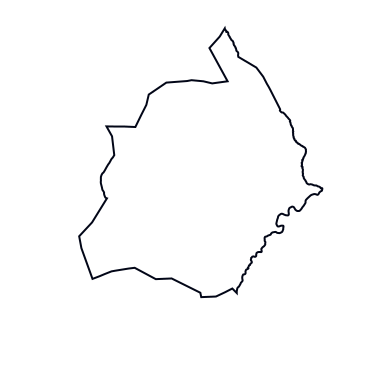 Bugat, Bulgan, Mongolia (orthographic projection), rotated 139°
{"feature_id": "93677404B59667733758052", "entity_name": "Bugat", "entity_type": "district", "adm_level": 2, "iso_a3": "MNG", "parent_name": "Mongolia", "parent_adm1": "Bulgan", "projection": "orthographic", "projection_center": [103.227, 49.106], "detail": "fine", "context": "isolated", "style": "outline", "palette": "ink", "viewbox_px": 384, "rotation_deg": 139, "n_neighbors": 0, "source": "geoboundaries", "source_scale": "gbopen_adm2", "svg_char_len": 5765}
<svg xmlns="http://www.w3.org/2000/svg" viewBox="0 0 384 384"><g transform="rotate(139 192 192)"><path d="M324.1,191.7L316.8,189.0L311.9,187.4L304.8,184.9L301.3,182.8L290.2,175.9L285.0,172.4L276.5,150.0L264.1,140.1L251.8,110.5L254.0,106.6L242.5,97.4L233.0,94.7L224.9,92.7L224.5,86.4L223.5,87.6L221.1,89.5L220.7,89.7L219.8,89.9L218.7,89.8L218.1,90.0L215.8,90.8L214.7,91.4L213.9,91.5L212.8,91.6L212.2,91.8L211.6,92.3L211.1,93.3L210.2,94.5L209.3,95.3L208.2,95.9L207.4,96.1L206.3,95.4L206.0,95.3L205.4,95.3L204.8,95.6L204.6,95.8L204.0,96.7L203.1,97.4L202.7,97.6L202.0,97.8L200.2,97.3L199.8,97.3L199.8,97.9L199.7,98.1L199.4,98.2L198.3,98.4L197.9,98.7L197.5,99.0L197.0,99.2L196.5,99.1L196.1,98.9L195.3,99.4L193.2,99.5L192.5,100.4L192.4,100.8L192.4,101.5L192.3,101.8L192.1,102.2L191.6,102.6L191.3,102.7L190.8,103.2L190.6,103.4L190.3,103.3L189.7,103.5L188.9,103.6L188.6,103.5L187.7,102.9L187.4,102.3L187.2,102.0L186.9,101.7L186.2,101.5L185.6,101.6L185.3,101.8L184.8,102.5L184.0,103.1L183.6,103.4L183.2,103.6L182.1,103.5L181.4,103.2L180.7,102.7L179.5,101.6L179.4,101.4L178.9,101.2L178.3,101.5L178.0,102.0L177.3,103.2L176.9,103.6L176.5,103.7L175.0,104.0L173.0,103.8L172.5,104.0L171.7,104.1L171.2,104.3L170.6,105.1L169.9,105.6L169.4,106.2L169.3,107.2L169.0,107.7L168.5,108.2L167.7,109.3L167.1,109.9L166.6,110.1L166.2,110.2L164.6,109.4L163.1,109.2L160.9,108.3L160.4,108.3L159.7,108.7L158.8,108.8L157.8,108.7L155.9,107.6L155.2,107.1L154.9,106.7L154.6,105.5L154.3,105.0L153.0,103.6L152.4,103.3L151.0,102.9L150.4,102.8L149.7,102.9L147.6,104.0L146.8,104.9L145.9,105.6L145.4,106.2L145.3,106.6L145.5,107.0L146.7,108.0L147.0,108.2L148.7,108.8L149.2,109.1L149.6,109.5L149.9,109.9L149.8,110.9L149.4,112.3L149.2,112.7L148.2,113.5L145.7,115.3L144.2,116.1L143.2,116.9L142.8,117.1L142.0,117.3L141.2,117.3L139.7,117.2L139.2,117.1L138.5,116.7L138.0,116.1L137.6,115.3L137.4,114.7L137.1,114.1L136.5,113.0L135.2,111.6L134.7,111.3L134.3,111.3L134.0,111.4L133.5,111.7L132.9,112.5L131.6,114.4L130.4,115.3L129.2,115.9L128.6,115.9L128.0,115.8L127.4,115.6L126.5,115.5L125.6,114.9L125.3,114.3L125.1,113.7L125.2,112.9L125.5,111.3L125.6,110.8L125.3,109.2L124.9,108.5L124.5,108.1L123.6,107.4L123.1,107.2L121.6,107.3L120.0,107.6L118.9,108.0L116.5,108.4L115.3,108.8L114.1,109.1L113.3,109.5L112.2,110.7L111.6,111.1L110.9,111.3L108.8,111.5L105.0,111.6L104.0,111.5L103.1,111.2L101.3,110.4L100.6,109.8L99.8,108.7L99.5,108.0L99.2,107.6L98.8,107.4L98.0,107.4L96.1,108.1L95.4,108.1L94.5,108.1L93.6,107.8L93.0,107.8L91.5,108.9L91.4,109.2L91.3,109.4L91.5,109.7L92.1,109.9L92.3,110.2L92.3,110.8L92.1,111.1L92.3,112.0L92.7,112.9L92.9,113.2L93.4,113.8L93.7,115.0L94.0,115.5L95.0,116.3L95.4,116.9L95.7,117.2L95.9,117.5L96.0,118.0L96.4,118.8L97.5,120.2L98.1,120.5L98.7,120.8L99.3,121.9L99.4,122.5L99.5,122.8L99.6,123.1L99.6,123.5L99.3,124.4L99.1,124.8L99.0,125.9L98.8,126.2L98.8,126.7L98.7,128.4L98.4,129.5L97.9,129.9L97.8,130.3L97.7,130.6L97.7,130.9L97.7,131.3L97.5,131.9L96.3,132.8L96.1,133.1L96.0,133.7L95.9,133.9L95.5,134.1L95.2,134.4L95.0,134.9L94.7,135.0L94.3,135.4L93.7,136.0L93.4,136.4L93.3,137.0L93.1,137.5L92.2,138.2L92.1,138.4L92.1,138.6L92.5,139.1L92.5,139.3L92.4,139.6L92.2,139.8L91.5,140.0L91.4,140.1L91.3,140.4L90.7,140.8L90.5,141.3L90.1,141.6L90.1,142.0L89.7,142.1L88.9,142.5L88.7,142.8L88.2,143.0L87.8,143.2L87.8,143.3L87.9,143.7L87.9,143.8L87.7,143.9L86.7,143.9L86.4,144.2L85.9,144.3L85.7,144.6L84.9,145.0L84.0,145.2L81.8,146.1L81.3,146.5L80.9,146.5L80.6,146.9L79.6,147.5L79.4,147.8L79.3,148.1L78.2,149.2L78.1,149.7L77.9,150.1L77.9,150.4L77.7,151.2L77.8,151.6L78.0,152.4L78.5,153.5L78.4,153.7L78.6,154.2L78.6,154.5L78.9,154.8L79.0,155.1L79.3,156.1L79.3,156.4L79.3,156.7L79.4,157.0L79.6,158.0L80.0,158.3L80.2,158.6L80.2,159.3L80.0,159.9L80.0,160.1L80.5,160.7L80.5,160.9L80.5,161.3L80.5,161.9L80.2,162.1L80.0,162.6L80.4,163.4L80.4,163.7L80.2,164.6L79.9,164.8L79.9,165.3L79.7,166.3L79.4,166.7L79.2,166.7L78.9,167.3L78.9,167.5L78.6,168.2L78.4,168.4L78.2,168.8L77.8,169.1L77.6,169.5L77.4,169.7L77.2,169.8L77.0,170.3L76.6,170.7L76.5,171.0L76.2,171.0L75.8,171.3L75.4,172.3L75.0,172.6L74.7,173.0L74.3,173.5L74.2,173.9L74.0,174.1L73.9,174.5L73.9,175.3L73.8,176.0L73.5,176.3L73.4,176.8L73.4,177.6L73.1,178.1L72.9,178.7L72.6,179.0L72.3,179.5L72.2,179.8L72.0,180.1L72.0,180.8L71.9,181.0L71.1,181.4L70.9,182.0L70.9,182.7L71.0,184.1L70.9,184.9L70.9,185.6L71.0,187.6L71.0,188.2L70.8,188.9L71.0,191.3L71.2,192.3L72.1,193.2L72.3,194.2L72.3,195.5L72.2,195.9L71.4,196.4L71.2,196.6L66.1,216.9L65.2,220.7L64.5,224.5L62.6,232.3L61.8,243.7L68.4,263.6L67.6,264.9L66.2,266.2L65.8,266.8L65.6,267.7L65.8,268.8L65.8,269.6L65.4,270.1L64.6,271.6L64.5,271.8L64.6,272.2L64.5,272.4L64.2,272.9L64.2,273.4L64.1,273.7L64.1,274.0L63.9,274.6L64.0,275.2L63.8,275.6L63.7,276.1L63.2,276.6L63.2,276.9L62.6,277.6L62.6,278.0L62.3,278.6L62.3,279.1L62.2,279.3L62.2,279.6L62.5,280.5L62.5,280.9L62.4,281.4L62.3,281.9L62.1,282.9L62.1,283.5L62.1,283.8L61.7,284.4L61.7,284.7L61.6,285.7L61.5,286.1L61.4,287.0L60.7,287.7L60.2,288.6L60.2,289.3L60.2,289.7L61.0,290.1L61.1,290.3L61.1,290.5L60.6,291.0L60.4,291.7L60.4,292.1L60.6,292.5L60.4,292.8L60.3,293.3L59.9,294.0L69.1,291.1L84.4,289.2L92.5,252.2L105.5,260.7L110.8,268.1L119.0,276.7L122.8,278.9L139.6,291.4L160.7,293.9L169.3,287.7L179.6,283.5L192.1,278.2L199.7,285.4L205.1,290.1L213.5,297.6L215.8,286.5L226.5,270.8L227.2,270.6L229.0,270.0L230.6,269.8L231.5,269.6L233.3,268.9L234.7,268.4L235.5,268.1L237.1,267.8L240.4,266.7L243.6,265.5L245.9,264.8L247.5,264.8L249.3,264.1L250.9,263.1L252.6,261.2L253.3,260.3L254.3,259.4L255.1,258.3L255.4,257.7L257.0,254.5L258.2,252.4L258.4,250.4L258.7,249.4L258.9,249.0L259.3,248.7L260.0,247.6L260.7,245.8L260.9,245.1L261.0,244.6L260.9,244.2L260.6,243.3L260.4,243.0L287.4,234.6L306.2,232.6L312.3,222.2L324.1,191.7Z" fill="none" stroke="#020617" stroke-width="2"/></g></svg>